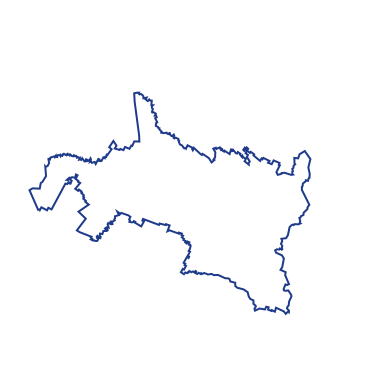 Soteapan, Veracruz, Mexico, rotated 119°
{"feature_id": "50627088B11342287528543", "entity_name": "Soteapan", "entity_type": "district", "adm_level": 2, "iso_a3": "MEX", "parent_name": "Mexico", "parent_adm1": "Veracruz", "projection": "mercator", "projection_center": [-94.904, 18.229], "detail": "fine", "context": "isolated", "style": "outline", "palette": "blue", "viewbox_px": 384, "rotation_deg": 119, "n_neighbors": 0, "source": "geoboundaries", "source_scale": "gbopen_adm2", "svg_char_len": 6082}
<svg xmlns="http://www.w3.org/2000/svg" viewBox="0 0 384 384"><g transform="rotate(119 192 192)"><path d="M232.8,333.6L235.9,331.0L239.3,330.9L241.0,332.2L240.8,332.7L248.8,327.4L255.6,327.7L257.5,328.6L262.9,326.8L266.1,333.2L269.2,335.0L282.2,317.9L281.0,316.8L281.4,316.3L278.4,316.3L278.3,309.9L275.4,310.0L275.3,306.4L246.0,306.8L245.6,305.0L243.7,304.9L244.0,304.5L243.2,303.8L243.9,302.9L243.6,302.3L240.5,302.7L240.3,304.3L239.7,304.6L240.2,306.0L241.6,306.1L242.1,307.3L238.9,306.2L238.2,304.5L237.2,304.1L236.2,301.1L233.0,302.0L232.9,300.2L237.0,300.1L237.4,296.8L238.3,296.7L238.3,294.2L245.8,295.6L246.2,292.2L244.7,292.1L245.0,289.2L245.6,289.4L246.0,287.8L246.7,287.9L247.2,285.1L248.8,285.0L249.0,283.7L250.6,283.8L251.2,280.5L252.3,280.6L253.1,276.2L264.2,281.7L266.8,272.0L281.4,274.1L281.6,270.9L279.9,258.3L280.8,258.5L281.3,256.6L282.5,257.3L282.4,254.7L281.7,254.3L281.6,252.5L280.6,251.1L278.6,251.2L278.1,253.0L277.1,253.7L276.2,253.4L277.2,251.6L276.8,249.8L275.5,250.2L275.5,251.2L273.0,252.3L272.3,250.0L269.2,250.6L267.3,247.6L266.2,247.2L265.3,248.7L266.5,249.5L266.1,250.4L264.2,249.5L263.6,247.6L261.1,250.2L259.7,250.2L259.5,247.4L258.7,246.0L258.0,246.4L257.9,248.6L257.3,248.9L256.2,247.0L254.3,245.8L253.6,246.7L252.0,246.6L250.6,247.6L247.6,244.7L245.4,247.7L245.8,244.0L244.6,243.8L243.3,236.3L243.6,233.8L246.5,233.7L247.1,232.3L248.4,232.3L247.8,230.0L246.6,228.5L245.7,228.7L245.6,227.1L246.5,226.9L246.7,219.7L240.8,219.8L241.1,221.5L239.3,221.8L236.8,204.9L235.3,205.1L233.7,199.0L232.8,199.2L232.1,195.4L238.2,194.4L236.4,193.0L234.8,183.3L233.9,183.7L233.3,180.7L234.4,180.5L234.6,181.5L234.6,178.6L236.5,178.9L236.9,176.4L238.1,176.3L238.0,173.6L239.3,173.6L239.6,171.6L237.5,171.8L237.3,170.2L238.0,170.4L239.5,168.9L238.9,168.4L239.5,167.2L242.4,166.3L242.2,165.8L242.8,166.3L245.2,166.3L245.2,164.8L249.9,164.8L249.9,163.2L251.4,163.0L251.3,164.9L258.0,165.0L258.0,163.1L259.5,163.1L259.5,161.4L263.7,161.4L263.7,162.8L267.5,162.8L267.8,159.2L265.6,158.8L265.4,157.0L263.8,156.5L263.9,156.0L262.4,156.0L262.5,153.7L261.1,152.7L261.2,150.6L259.5,150.7L259.5,149.8L261.2,149.6L261.2,147.8L259.5,147.0L259.5,144.6L258.6,144.6L258.8,143.5L256.9,142.0L256.4,138.0L254.1,135.1L254.2,132.8L251.9,128.9L251.3,121.2L249.9,118.1L249.9,117.0L251.7,115.1L250.4,110.2L253.2,108.6L253.8,106.0L252.2,99.8L252.6,94.8L255.9,91.7L257.3,89.1L257.0,85.7L260.0,84.1L260.6,81.2L261.4,80.6L263.7,80.8L265.2,79.4L261.2,76.4L259.3,71.2L256.3,71.4L255.7,69.1L258.0,68.4L257.5,64.7L256.6,64.9L256.5,61.5L252.5,62.4L251.9,53.8L253.1,50.9L250.0,50.0L250.2,49.0L248.7,49.7L247.8,52.5L245.8,52.9L244.5,52.4L240.6,54.0L235.2,54.4L234.0,55.2L231.4,60.0L233.2,62.5L233.4,64.0L232.5,64.8L227.5,65.4L227.3,63.8L225.6,62.5L219.6,70.2L216.7,71.2L217.2,76.8L213.8,76.7L205.6,79.4L203.8,82.6L204.3,89.1L202.7,91.0L201.0,90.0L200.1,87.9L198.8,87.8L199.0,85.6L198.3,85.3L197.4,86.3L195.5,86.8L194.1,89.1L191.3,89.2L189.6,91.1L186.7,87.3L183.1,87.2L175.5,89.6L172.6,88.8L171.6,88.0L171.6,87.0L170.4,86.7L168.7,83.3L166.9,81.9L166.8,82.9L164.7,83.4L162.7,85.5L161.8,84.8L160.4,85.0L158.1,83.4L156.0,84.3L151.0,82.8L149.4,83.5L146.3,83.2L136.9,96.9L134.3,98.4L133.5,98.1L130.8,99.1L127.6,97.8L126.5,98.1L126.0,96.0L123.3,96.6L122.8,96.1L119.1,97.8L114.2,102.1L105.8,104.4L101.5,113.2L106.8,116.2L111.1,115.5L112.6,119.0L117.3,116.2L117.7,115.2L119.6,115.9L121.7,115.0L123.2,115.5L124.6,113.9L125.5,114.2L127.5,113.1L127.8,112.1L128.9,113.5L130.3,120.3L132.0,122.8L132.8,122.6L135.4,125.3L133.7,127.8L126.1,128.1L126.3,129.2L124.2,129.5L124.8,135.9L129.0,135.8L129.5,139.7L127.3,139.3L127.6,146.2L129.2,146.2L129.0,147.5L131.8,147.4L130.2,155.9L128.9,155.9L128.4,160.1L129.7,160.3L129.2,163.9L127.0,163.8L126.5,165.8L127.9,165.9L127.6,167.3L130.3,167.6L130.7,166.2L128.9,166.0L129.9,163.9L132.1,163.9L132.5,161.0L134.7,161.0L137.3,156.3L139.3,156.5L140.5,155.7L139.6,160.9L136.8,161.0L136.7,163.9L137.2,164.2L135.8,165.5L137.0,165.7L136.0,168.2L135.1,168.2L134.8,171.3L136.5,171.2L136.8,172.3L135.7,175.3L136.5,176.4L135.1,176.7L135.8,178.5L140.6,177.5L140.1,183.8L141.1,183.6L141.0,186.4L139.8,186.6L139.8,187.6L140.8,187.7L139.5,189.3L142.6,191.6L141.7,192.6L143.8,194.4L145.9,190.9L150.5,188.6L153.1,188.9L153.2,187.9L156.6,189.2L154.2,193.6L153.5,201.2L154.8,201.3L154.7,202.8L152.5,211.8L155.1,211.5L154.4,212.7L153.1,212.9L153.3,218.5L156.7,218.3L156.4,218.7L157.6,219.9L156.1,223.4L156.2,225.7L154.4,228.0L153.5,228.0L153.4,229.0L152.2,229.5L152.4,232.6L153.6,233.2L153.7,234.1L153.0,234.8L151.4,234.8L150.6,235.8L152.6,236.4L153.0,237.0L152.4,239.0L150.6,240.6L152.6,240.1L153.0,241.8L152.4,242.9L154.4,245.6L155.0,247.7L153.9,247.8L153.1,250.9L152.0,251.4L152.3,252.6L151.6,253.4L151.7,255.7L149.4,256.8L147.9,256.2L145.3,260.0L143.8,259.1L142.5,260.5L143.2,261.5L141.0,261.7L140.9,264.2L141.7,265.2L141.4,265.9L138.4,266.4L137.8,267.9L136.5,268.7L135.0,268.2L135.6,269.7L131.6,271.5L132.3,272.9L131.8,274.3L133.9,274.7L133.5,277.5L131.5,277.5L133.6,279.9L131.8,281.0L131.3,282.2L131.0,284.2L132.1,285.2L131.8,286.3L130.8,286.5L131.8,288.2L133.7,290.4L140.9,285.9L168.1,265.7L173.4,262.5L175.7,267.0L180.7,266.6L180.8,267.6L184.5,267.6L185.1,272.4L188.6,272.3L189.1,275.6L190.3,275.7L191.4,280.6L188.1,280.5L185.5,285.5L193.0,286.1L193.5,283.1L200.7,283.9L200.7,284.7L203.0,284.1L203.3,285.0L204.7,284.6L204.7,286.3L208.7,286.2L209.3,286.9L209.8,288.3L208.4,288.6L208.5,289.9L214.2,289.8L212.9,291.7L215.0,293.7L214.2,295.2L215.0,295.7L212.7,296.0L211.8,297.1L214.5,297.1L214.7,300.5L216.1,300.4L216.2,299.2L217.4,300.8L215.7,304.4L217.7,304.5L217.5,305.6L218.4,306.4L216.4,306.8L216.9,307.3L216.7,309.7L217.1,308.7L217.8,309.2L216.6,311.0L217.4,311.8L217.1,313.1L218.3,313.1L218.8,314.6L218.4,315.8L219.2,316.4L218.3,317.2L219.6,318.4L218.9,319.3L220.1,319.9L220.0,319.4L220.7,319.5L220.7,322.4L221.4,322.4L221.5,323.1L223.2,323.0L223.3,324.0L224.3,324.2L223.2,325.2L224.3,325.9L224.7,327.1L225.5,327.7L226.8,326.9L227.3,328.3L226.7,328.7L228.0,328.8L227.5,329.6L230.4,332.4L232.1,332.0L231.9,333.0L232.8,333.6Z" fill="none" stroke="#1e3a8a" stroke-width="2"/></g></svg>